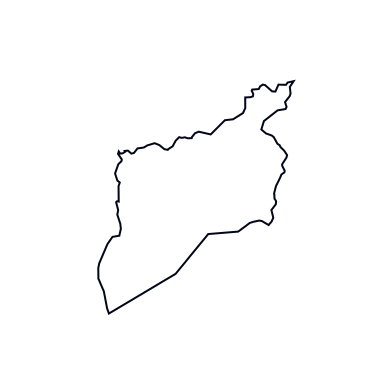 Chitungwiza, Harare, Zimbabwe, rotated 120°
{"feature_id": "62879985B31454704835515", "entity_name": "Chitungwiza", "entity_type": "district", "adm_level": 2, "iso_a3": "ZWE", "parent_name": "Zimbabwe", "parent_adm1": "Harare", "projection": "albers", "projection_center": [31.05, -18.015], "detail": "fine", "context": "isolated", "style": "outline", "palette": "ink", "viewbox_px": 384, "rotation_deg": 120, "n_neighbors": 0, "source": "geoboundaries", "source_scale": "gbopen_adm2", "svg_char_len": 1758}
<svg xmlns="http://www.w3.org/2000/svg" viewBox="0 0 384 384"><g transform="rotate(120 192 192)"><path d="M57.4,155.9L52.1,159.8L45.2,159.4L49.4,163.9L52.2,164.2L55.8,170.8L63.3,170.0L64.8,172.9L62.9,182.1L63.6,184.4L66.5,185.8L69.5,185.7L72.6,190.2L73.2,191.1L74.5,190.9L76.5,187.9L78.7,187.1L80.6,188.7L83.5,193.2L92.8,187.8L98.1,187.3L108.5,192.8L113.4,199.4L132.8,204.6L136.4,216.3L139.6,218.8L144.4,219.5L145.5,219.2L147.6,222.5L148.2,225.5L150.3,228.0L150.9,230.5L155.7,231.8L162.1,231.6L167.4,234.3L167.7,234.2L168.5,236.8L168.7,237.3L167.7,243.8L168.4,248.7L174.0,254.0L177.6,256.0L181.5,261.0L183.0,261.2L187.2,261.8L189.1,263.7L188.2,268.2L190.1,270.8L190.6,270.0L193.2,271.4L194.6,273.3L193.5,275.7L196.0,275.1L198.9,269.1L200.5,268.5L204.8,269.7L214.4,267.9L219.4,262.4L219.9,259.3L223.7,258.5L236.1,251.2L236.9,250.7L237.5,252.3L238.8,252.6L244.6,246.9L248.9,245.4L255.4,238.2L259.3,235.3L259.5,235.2L266.2,233.1L270.6,238.4L279.2,239.2L300.0,236.7L301.3,236.3L304.8,235.1L313.9,229.7L314.6,228.7L315.1,228.0L315.9,227.0L322.1,218.7L333.9,208.5L335.0,207.6L336.8,205.5L338.8,203.2L288.8,175.2L271.1,165.3L256.2,162.8L249.7,161.8L223.3,157.4L220.3,156.9L211.5,144.2L203.2,132.2L193.5,128.0L189.9,126.5L187.0,123.8L183.2,119.6L182.2,117.0L182.3,109.1L181.7,109.1L178.1,108.3L173.7,108.7L167.9,114.2L160.8,113.3L158.2,114.4L157.7,114.9L157.1,116.0L156.5,117.2L154.4,118.6L153.0,119.4L152.7,120.0L151.4,120.4L145.0,122.2L135.8,122.8L132.1,123.3L128.8,121.8L127.3,122.3L124.3,126.9L123.0,127.8L115.0,127.4L112.5,128.1L110.1,132.9L108.8,137.9L107.7,139.4L107.5,142.2L103.6,148.6L103.2,151.2L104.3,157.2L103.2,163.2L94.6,165.2L78.5,158.7L73.4,152.5L71.1,152.6L67.6,156.4L60.2,155.3L57.4,155.9Z" fill="none" stroke="#020617" stroke-width="2"/></g></svg>